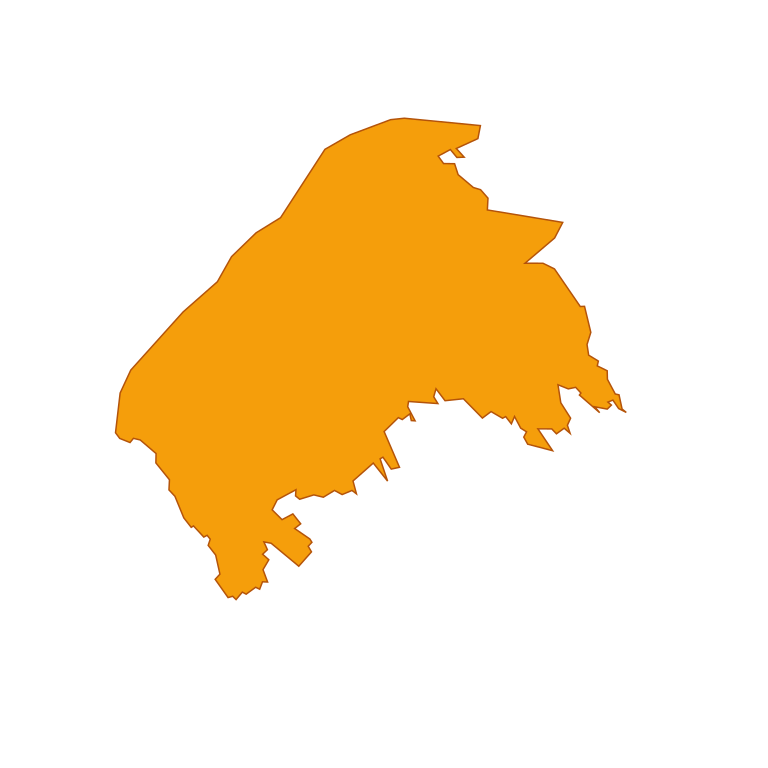 the district of Kota Bandung, Jawa Barat, Indonesia, rotated 127°
{"feature_id": "22746128B71762235135177", "entity_name": "Kota Bandung", "entity_type": "district", "adm_level": 2, "iso_a3": "IDN", "parent_name": "Indonesia", "parent_adm1": "Jawa Barat", "projection": "natural_earth1", "projection_center": [107.64, -6.903], "detail": "medium", "context": "isolated", "style": "filled", "palette": "amber", "viewbox_px": 768, "rotation_deg": 127, "n_neighbors": 0, "source": "geoboundaries", "source_scale": "gbopen_adm2", "svg_char_len": 1971}
<svg xmlns="http://www.w3.org/2000/svg" viewBox="0 0 768 768"><g transform="rotate(127 384 384)"><path d="M345.6,233.0L335.8,209.2L327.2,234.1L318.9,223.0L320.0,216.3L310.9,213.5L311.4,205.7L306.6,212.7L299.0,214.4L292.6,231.5L279.9,244.6L277.0,233.9L271.3,228.9L272.7,221.3L275.2,221.3L277.1,194.5L275.3,201.9L269.7,190.6L264.0,189.7L263.7,194.3L259.1,191.5L262.4,181.8L260.9,173.4L260.7,178.8L251.2,189.8L252.8,193.3L245.8,208.4L239.1,213.7L241.2,224.6L236.7,226.6L237.8,237.9L230.3,245.6L218.3,249.9L201.3,270.6L204.0,273.9L189.5,317.1L191.9,329.7L202.7,344.1L164.7,335.6L147.4,338.5L182.8,406.2L173.0,412.8L170.7,423.8L173.3,430.9L172.2,450.8L165.6,460.2L172.1,469.1L169.4,477.9L156.8,472.1L159.2,462.1L154.6,456.5L152.4,468.0L131.5,456.7L119.6,462.5L159.5,527.7L168.9,537.8L205.2,560.9L232.1,572.4L313.4,566.7L340.1,577.1L374.0,582.4L402.6,578.6L447.3,587.8L525.3,594.6L550.0,589.3L584.5,569.1L586.5,562.3L583.6,551.6L578.2,551.4L575.4,545.0L576.7,524.2L584.3,518.7L589.6,497.7L598.0,492.0L599.5,483.4L611.4,463.3L614.5,451.7L612.0,450.7L614.7,435.8L611.3,434.2L612.5,429.4L618.7,427.3L621.9,415.5L634.6,400.6L641.6,401.3L648.4,380.0L644.6,377.1L645.2,372.4L635.5,371.9L634.8,367.6L623.6,364.2L622.7,359.8L615.1,362.0L612.2,357.8L605.1,368.9L593.7,370.2L593.0,378.5L586.5,377.4L582.4,384.9L579.1,378.3L580.8,342.4L561.7,340.9L559.2,346.9L553.8,346.3L552.4,350.0L553.2,368.4L545.8,366.4L542.6,378.6L553.7,383.8L551.8,397.6L540.8,399.6L521.4,390.7L526.6,387.3L526.8,382.0L514.8,373.3L510.9,364.3L498.8,359.5L497.5,350.9L488.3,345.5L488.3,339.9L480.1,350.4L453.6,345.0L459.4,322.7L446.1,342.1L443.1,340.8L447.6,327.0L441.2,321.5L421.9,355.3L402.2,352.3L401.4,348.0L392.3,345.4L396.8,340.2L394.7,337.0L387.9,351.4L383.2,353.9L367.2,329.2L364.3,336.6L356.5,339.6L360.6,325.2L348.0,311.7L352.0,284.9L341.6,281.9L340.0,268.7L336.8,267.2L339.2,258.3L331.4,260.2L337.0,248.3L336.4,241.4L342.3,240.4L345.6,233.0Z" fill="#f59e0b" stroke="#b45309" stroke-width="1.5"/></g></svg>